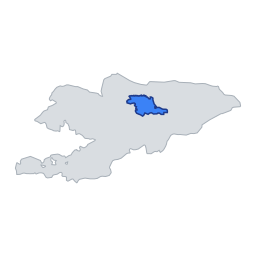 Kochkor, Naryn, Kyrgyzstan shown in context
{"feature_id": "92254566B91475700804664", "entity_name": "Kochkor", "entity_type": "district", "adm_level": 2, "iso_a3": "KGZ", "parent_name": "Kyrgyzstan", "parent_adm1": "Naryn", "projection": "mercator", "projection_center": [75.232, 42.072], "detail": "fine", "context": "in_parent", "style": "filled", "palette": "blue", "viewbox_px": 256, "rotation_deg": 0, "n_neighbors": 0, "source": "geoboundaries", "source_scale": "gbopen_adm2", "svg_char_len": 5440}
<svg xmlns="http://www.w3.org/2000/svg" viewBox="0 0 256 256"><path d="M50.7,155.4L51.4,155.0L53.5,154.6L57.8,154.1L59.3,154.5L62.2,156.2L64.5,156.0L64.9,156.3L65.7,157.7L68.9,155.6L71.1,154.9L72.3,152.7L74.7,150.1L76.8,149.6L76.8,150.1L77.2,150.5L79.3,151.1L80.0,150.4L80.3,149.4L79.6,147.9L79.6,147.3L80.2,146.3L83.6,147.8L84.4,147.7L85.9,146.9L87.3,145.5L87.8,144.4L94.8,140.7L95.3,140.0L95.2,139.6L92.3,138.7L91.0,139.2L89.7,139.2L89.0,138.7L85.5,138.4L84.7,138.1L82.4,135.4L79.5,133.7L78.1,133.8L76.4,134.5L75.9,134.2L75.7,131.7L75.4,130.2L74.4,129.9L73.1,130.5L69.5,129.6L69.1,126.5L67.8,123.7L65.9,122.6L65.8,120.9L65.2,120.2L64.6,120.4L63.9,121.2L64.2,123.1L64.0,124.9L63.5,125.9L62.7,126.6L61.8,126.6L60.2,125.6L59.9,131.2L59.6,131.6L57.7,130.8L56.1,131.1L53.8,130.8L52.1,129.9L48.7,128.8L47.1,127.8L46.1,124.0L45.2,122.7L44.3,122.4L40.8,123.7L37.1,121.4L35.2,120.9L34.7,120.2L34.8,119.4L40.4,115.2L42.6,112.3L44.0,111.0L47.5,109.7L48.3,107.1L48.6,106.8L52.2,105.5L56.2,103.1L56.3,102.5L55.9,101.9L52.3,99.8L50.5,100.8L49.4,99.5L49.4,98.2L50.6,96.0L51.6,94.9L52.0,92.8L53.5,91.4L55.0,89.2L56.8,87.3L60.2,85.9L62.1,86.4L63.9,86.1L66.6,84.9L68.3,84.9L75.3,86.6L77.7,86.6L83.1,88.9L87.4,90.0L89.5,92.1L96.4,93.1L98.3,93.7L98.9,94.7L100.9,96.0L102.5,96.3L101.1,91.2L101.7,88.2L103.8,79.8L105.0,78.5L110.6,76.2L111.9,74.4L115.9,74.4L116.7,74.1L117.2,73.2L129.6,80.5L134.3,82.6L140.9,84.4L146.4,85.1L147.3,84.6L149.5,81.8L150.5,81.6L164.2,82.2L174.0,80.6L175.4,80.7L179.1,82.3L190.7,82.8L195.2,83.9L202.4,83.5L205.4,83.7L210.9,85.7L212.8,86.2L216.4,86.5L217.7,86.1L218.5,86.6L219.3,89.2L222.7,92.5L223.9,94.3L225.2,95.0L231.6,95.5L234.0,96.2L239.9,102.4L240.6,106.0L240.0,106.7L233.8,107.2L232.3,107.7L230.8,110.4L222.4,113.6L221.2,113.6L209.9,119.7L202.1,124.8L201.8,127.3L197.2,132.9L193.8,133.6L190.9,133.4L186.2,135.1L180.1,134.5L178.0,134.6L174.0,133.9L172.4,134.3L170.7,135.4L168.3,139.8L167.3,140.9L166.9,141.9L166.5,144.0L165.6,146.3L163.6,149.8L161.9,151.4L160.3,152.4L159.1,150.3L157.0,151.7L155.1,151.4L153.9,151.9L151.2,153.7L147.2,153.6L146.8,153.0L146.0,148.0L145.3,145.6L144.7,145.1L144.0,145.0L138.3,149.0L135.6,149.7L133.5,149.8L130.6,148.6L130.0,148.9L129.5,149.5L129.3,150.3L130.1,152.6L129.9,153.0L128.6,153.0L126.8,153.5L121.3,158.1L117.9,159.4L114.7,159.8L112.7,160.7L111.7,162.4L109.5,167.1L109.6,168.1L110.5,169.4L111.2,172.3L111.0,173.0L109.3,175.4L107.1,176.1L105.4,176.5L102.1,176.2L100.4,176.6L97.3,178.4L94.7,178.8L89.9,178.8L85.1,178.1L83.5,178.4L79.3,179.4L77.9,181.1L77.1,182.6L76.7,182.8L75.0,181.4L72.9,179.0L71.8,179.1L68.1,181.1L67.5,181.0L66.4,180.2L66.5,177.2L65.3,176.5L62.7,176.4L61.9,175.7L62.2,173.7L61.9,172.9L61.2,172.4L59.8,172.5L57.2,174.2L54.0,174.8L52.9,175.3L51.7,177.4L47.5,177.9L46.1,177.4L43.6,173.4L41.4,172.8L39.1,172.9L36.1,174.0L35.4,173.1L34.6,172.9L33.9,173.6L30.2,173.7L26.5,173.6L24.3,173.1L22.9,173.2L20.1,174.3L16.8,174.5L16.4,170.7L15.4,168.2L16.4,164.0L17.0,162.7L19.5,164.2L20.4,164.0L20.7,163.1L20.3,161.3L21.5,159.2L30.4,156.4L40.4,160.5L41.7,163.2L42.5,163.0L43.9,161.8L44.3,159.6L46.2,158.3L50.5,156.8L50.7,155.4ZM55.8,164.7L56.0,164.3L55.2,162.4L56.2,160.5L54.2,160.2L53.2,159.7L52.1,157.8L51.7,157.7L51.1,158.3L50.8,159.5L51.0,160.8L52.5,162.0L51.8,164.6L54.8,164.9L55.8,164.7ZM45.5,166.5L45.4,165.9L44.7,165.7L41.0,164.9L41.1,165.5L42.6,167.4L43.6,167.5L45.5,166.5ZM67.5,163.1L67.7,161.9L65.5,162.7L65.3,163.3L66.0,164.0L67.0,164.3L67.5,163.1Z" fill="#d9dde1" stroke="#a8b0b8" stroke-width="1"/><path d="M129.3,96.1L129.1,96.3L129.3,96.6L129.8,97.2L130.2,97.9L130.7,98.9L130.8,99.1L130.5,99.4L130.1,99.4L129.4,99.4L129.1,99.5L128.4,99.6L128.1,99.9L127.9,100.1L127.3,101.0L127.0,101.2L126.8,101.2L127.1,102.9L130.6,103.9L131.6,103.4L134.1,103.0L135.2,103.7L135.3,104.7L134.5,105.1L135.3,106.4L136.4,106.7L135.9,108.0L135.8,108.7L136.9,109.1L137.0,110.0L136.0,110.0L135.5,110.3L135.5,111.2L135.5,111.3L136.6,113.2L139.1,114.3L140.2,114.6L142.6,116.1L143.6,115.4L144.9,113.0L148.1,114.3L149.4,113.3L150.7,112.8L151.3,112.7L153.6,114.0L154.6,113.9L157.0,113.8L157.9,113.1L159.3,113.1L160.3,113.7L161.1,114.4L163.7,114.4L163.9,112.5L167.3,112.5L167.4,111.0L167.1,109.9L166.1,109.3L162.7,109.2L159.2,107.4L156.9,107.5L155.4,108.3L154.8,108.0L154.9,106.7L156.3,106.6L154.1,103.9L152.9,99.9L152.9,98.1L151.5,97.1L150.3,97.0L150.2,98.8L149.1,98.9L147.3,97.0L146.3,97.0L145.9,96.1L145.8,95.7L145.7,95.7L145.4,95.7L145.4,95.9L145.3,96.0L145.2,96.0L144.9,96.0L144.7,96.0L144.6,95.9L144.4,95.9L144.2,95.9L144.0,95.7L144.0,95.4L144.1,95.2L143.9,95.1L143.6,95.3L143.4,95.6L143.2,95.5L142.9,95.6L142.7,95.6L142.5,95.8L142.3,95.7L142.2,95.6L141.9,95.7L141.9,95.8L141.7,95.9L141.5,95.7L141.4,95.6L141.3,95.4L141.2,95.4L141.1,95.2L141.0,95.3L140.9,95.3L140.7,95.5L140.4,95.7L140.2,95.7L139.9,95.7L139.9,95.8L139.6,95.8L139.4,96.0L139.2,96.0L138.9,96.1L138.6,96.1L138.4,96.0L138.3,95.9L138.1,95.7L137.9,95.7L137.8,95.8L137.7,95.7L137.4,95.6L137.1,95.8L136.9,95.9L136.7,95.9L136.4,95.8L136.3,95.7L136.2,95.7L135.9,95.5L135.9,95.4L135.7,95.4L135.5,95.5L135.4,95.6L135.2,95.8L135.0,96.0L134.9,96.0L134.7,96.0L134.4,96.0L134.2,96.0L134.1,95.9L134.0,95.7L133.9,95.6L133.9,95.4L133.7,95.4L133.4,95.6L133.2,95.6L133.0,95.9L132.7,95.9L132.2,95.8L132.1,95.7L131.9,95.6L131.7,95.6L131.4,95.7L131.4,95.8L131.2,95.9L130.9,95.7L130.7,95.8L130.4,95.9L130.2,95.9L130.1,96.0L130.0,95.9L129.9,95.9L129.7,95.9L129.5,96.0L129.4,96.0L129.3,96.1Z" fill="#3b82f6" stroke="#1e3a8a" stroke-width="1.5"/></svg>